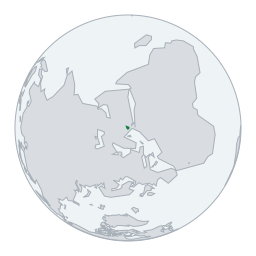 globe centered on Amman, rotated 203°
{"feature_id": "JOR-851", "entity_name": "Amman", "entity_type": "Province", "adm_level": 1, "iso_a3": "JOR", "parent_name": "Jordan", "parent_adm1": "", "projection": "orthographic", "projection_center": [36.094, 31.647], "detail": "fine", "context": "on_globe", "style": "filled", "palette": "green", "viewbox_px": 256, "rotation_deg": 203, "n_neighbors": 0, "source": "natural_earth", "source_scale": "10m", "svg_char_len": 10045}
<svg xmlns="http://www.w3.org/2000/svg" viewBox="0 0 256 256"><g transform="rotate(203 128 128)"><circle cx="128" cy="128" r="113" fill="#eef3f6" stroke="#a8b0b8"/><path d="M117.6,15.8L117.8,15.8L131.1,15.5L135.8,15.7L134.3,15.7L140.7,16.1L142.4,16.3L141.2,16.2L146.2,16.9L146.0,17.0L148.3,17.5L147.6,17.6L142.4,17.0L141.9,17.2L145.5,17.7L147.0,18.4L141.9,17.5L144.1,18.8L135.9,18.7L122.8,17.4L117.8,18.6L103.1,20.9L104.1,21.2L99.1,22.7L98.3,23.8L95.8,24.2L97.3,24.8L99.7,24.2L101.2,24.4L101.0,25.0L97.8,25.6L97.4,25.3L96.3,25.8L94.8,25.9L95.4,26.2L91.6,27.0L95.0,27.3L91.6,28.8L89.1,29.1L89.9,27.6L86.2,25.6L84.0,25.9L80.0,27.6L71.4,33.3L68.7,34.4L64.6,37.0L65.8,36.9L69.4,34.8L70.7,35.5L75.0,33.2L76.1,33.3L80.3,31.8L79.0,33.7L75.5,36.4L72.0,37.8L70.4,39.1L73.2,39.3L66.2,43.7L60.7,50.0L58.9,51.2L56.4,50.2L57.6,46.1L54.4,46.1L55.8,47.9L51.4,51.3L50.4,52.7L50.3,53.7L51.7,53.2L50.1,54.9L48.0,53.4L49.4,51.9L50.1,52.3L50.7,50.5L49.2,50.1L47.1,52.1L47.2,50.2L45.7,51.7L44.9,52.3L47.3,50.0L42.9,54.4L42.7,54.4L48.6,48.1L54.9,42.3L61.7,36.9L68.9,32.1L76.4,27.9L84.2,24.2L92.3,21.2L100.6,18.7L109.1,17.0L117.6,15.8ZM16.4,112.7L16.2,114.7L15.8,123.6L15.7,129.1L15.5,130.9L15.8,133.8L15.9,135.6L18.8,147.0L21.8,156.0L22.7,161.8L22.1,164.8L25.4,174.4L22.4,167.1L19.9,159.6L17.9,151.9L16.5,144.2L15.7,136.3L15.4,128.4L15.6,120.5L16.4,112.7ZM148.7,17.5L149.5,17.6L150.4,17.9L148.7,17.5ZM80.7,31.0L80.5,31.4L79.8,31.4L80.7,31.0ZM82.7,30.0L82.1,29.8L82.9,29.3L83.3,29.4L82.7,30.0ZM150.1,18.4L151.2,18.9L149.2,18.2L150.1,18.4ZM83.3,30.5L84.5,28.5L86.1,27.7L88.7,27.7L83.3,30.5ZM151.3,19.1L154.0,20.7L156.1,20.9L151.8,21.4L150.9,19.7L148.1,18.8L150.4,19.2L151.3,19.1ZM100.6,23.8L98.0,24.4L100.4,23.3L100.6,23.8ZM101.8,23.1L107.0,20.1L110.7,19.8L108.2,20.8L113.2,20.0L112.5,21.3L109.6,22.0L107.3,21.9L108.7,22.5L101.8,23.1ZM149.0,21.5L148.9,21.9L148.1,21.4L149.0,21.5ZM102.0,24.3L102.7,23.7L106.0,23.3L105.1,24.6L104.4,24.3L102.0,24.3ZM114.9,19.3L117.2,19.4L117.2,20.4L118.1,20.6L112.8,21.3L114.9,19.3ZM103.5,24.7L104.6,25.2L102.9,26.1L101.5,25.0L103.5,24.7ZM107.2,22.7L108.7,22.6L107.6,23.1L107.2,22.7ZM97.2,29.8L98.0,28.8L99.8,28.5L97.2,29.8ZM105.2,25.4L105.8,25.1L106.5,24.9L106.9,25.5L105.2,25.4ZM113.1,22.0L112.7,22.5L115.3,21.8L115.4,22.6L111.9,23.0L113.4,23.2L113.5,23.5L110.5,23.5L113.1,22.0ZM109.6,25.6L105.1,26.6L103.3,28.4L101.6,28.7L104.9,25.8L109.6,25.6ZM110.4,24.3L109.6,25.1L108.0,25.0L107.6,24.4L110.4,24.3ZM116.8,23.1L117.5,21.7L118.3,21.7L116.8,23.1ZM109.4,26.1L110.5,25.8L109.5,26.2L109.4,26.1ZM114.9,24.0L115.0,23.5L115.9,23.5L114.9,24.0ZM112.6,25.9L111.1,26.2L110.8,25.7L112.6,25.9ZM113.9,25.0L115.0,25.2L111.5,25.4L113.8,24.8L113.9,25.0ZM115.7,24.1L116.2,23.9L115.5,24.3L115.7,24.1ZM114.6,27.6L110.3,28.0L109.6,26.9L113.9,26.7L114.6,27.6ZM45.2,156.0L40.2,137.4L43.4,132.6L44.5,125.2L66.8,107.6L71.0,110.7L87.9,111.8L89.9,113.3L87.3,118.9L99.5,128.5L104.2,124.1L115.9,129.1L124.1,129.3L128.1,118.2L114.7,117.6L113.0,112.0L124.2,107.7L136.0,108.5L135.7,106.3L128.8,101.5L132.0,97.6L126.5,99.5L128.3,101.8L124.9,103.2L123.0,101.3L124.2,99.9L120.8,98.8L115.9,106.2L117.2,109.2L108.0,109.9L109.4,115.2L106.7,117.3L103.3,109.2L104.0,106.5L97.3,97.3L95.7,100.2L102.0,109.2L99.8,108.3L97.6,112.8L97.5,108.6L91.2,98.5L83.2,98.7L72.1,108.0L67.6,107.6L64.3,103.9L69.3,92.9L78.7,95.1L80.6,91.7L79.5,85.6L82.5,86.9L83.2,84.8L86.8,85.5L92.8,81.6L96.6,81.9L99.7,75.9L102.1,75.4L99.6,79.0L99.9,81.9L109.5,83.0L111.5,81.9L112.8,78.0L115.3,79.0L115.3,75.2L121.2,74.2L114.0,72.3L115.2,68.2L119.2,65.5L118.3,63.9L111.9,68.5L110.4,70.7L111.3,73.0L106.3,79.3L102.8,80.0L103.2,72.4L98.3,72.7L100.7,67.1L116.7,57.5L123.0,56.1L131.7,62.0L129.8,64.4L125.7,63.4L128.8,68.0L128.9,65.8L131.0,66.8L132.7,63.5L134.2,64.1L133.3,60.2L135.4,60.5L135.9,63.0L140.3,58.9L144.9,58.9L145.1,57.8L144.1,56.5L150.5,57.6L150.4,56.8L148.3,56.0L146.6,53.9L146.3,50.6L148.6,51.2L149.0,52.4L153.3,56.1L154.1,59.6L155.0,59.5L154.8,56.6L149.6,52.1L148.7,50.0L151.5,51.8L150.4,51.0L150.7,50.2L153.1,49.9L150.2,47.9L150.3,39.0L154.9,38.0L157.4,40.4L159.9,35.8L164.9,35.7L162.9,34.9L162.7,32.6L161.1,32.6L160.2,32.0L159.0,26.9L160.5,26.4L157.7,23.9L156.7,23.6L155.4,23.8L151.8,21.4L156.1,20.9L158.2,21.6L159.4,21.1L164.1,22.9L168.5,24.4L172.9,27.0L176.0,28.2L176.1,27.9L180.4,29.6L188.9,34.5L181.6,31.7L168.7,26.0L173.9,28.2L172.6,28.2L174.3,29.4L178.0,31.1L178.6,31.0L183.7,37.3L192.2,44.4L192.0,42.0L194.5,42.7L204.1,50.1L214.6,65.5L218.1,67.8L220.1,70.4L220.9,73.5L218.1,69.8L216.6,69.9L214.8,67.6L215.3,71.8L212.8,68.6L214.4,73.8L216.7,75.6L217.2,72.7L219.7,79.0L223.6,81.3L227.0,86.7L230.2,100.5L229.2,107.5L229.7,109.6L227.8,109.1L227.5,114.8L232.9,122.3L233.6,125.4L232.0,134.5L231.6,132.4L226.5,131.0L227.2,139.0L231.1,141.9L232.5,147.8L230.2,148.1L228.6,143.0L226.8,142.3L226.1,135.6L222.3,127.4L219.9,131.5L219.0,127.6L213.4,121.9L209.3,127.6L203.6,142.5L204.6,152.7L201.8,158.6L193.8,146.7L190.5,137.3L187.4,139.4L179.3,132.9L164.9,136.0L162.9,133.5L160.2,135.4L154.5,133.5L151.6,129.4L148.1,130.2L155.8,140.9L159.6,140.1L163.0,135.0L164.4,139.0L169.9,141.7L163.3,152.9L142.1,164.2L140.3,156.5L125.5,135.0L126.1,132.5L126.0,132.2L125.8,131.7L124.2,135.8L121.7,131.4L129.4,146.9L130.6,153.4L141.8,164.7L140.7,166.0L144.4,168.1L156.5,163.9L156.6,166.4L150.7,178.7L134.1,194.6L136.5,203.8L135.5,211.2L125.6,216.1L126.9,221.1L121.8,222.8L121.7,225.4L117.9,227.9L111.3,229.8L99.6,228.4L98.6,226.2L92.3,220.8L83.3,207.0L85.9,201.4L84.7,196.1L76.4,182.4L78.2,175.8L76.0,172.2L71.5,171.8L69.1,167.5L66.4,166.6L49.9,163.1L45.2,156.0ZM58.5,118.5L57.8,120.6L57.7,120.7L58.5,118.5ZM148.2,115.1L155.5,114.8L152.6,108.0L155.2,107.4L153.3,105.5L152.4,107.5L147.8,102.1L151.1,99.7L150.5,96.7L148.0,96.7L142.7,102.0L149.2,109.7L147.4,112.8L148.2,115.1ZM51.5,51.3L51.7,51.5L51.2,52.8L50.7,52.7L51.5,51.3ZM53.4,56.2L50.7,58.9L52.3,56.8L51.0,56.9L52.8,53.0L58.1,51.6L55.4,52.8L53.4,56.2ZM56.7,47.8L55.0,50.2L56.6,47.7L56.7,47.8ZM83.5,73.8L84.5,75.4L82.7,77.5L77.9,78.0L80.4,74.8L83.5,73.8ZM86.3,77.4L88.0,70.3L91.0,70.0L89.0,71.3L90.9,71.8L88.2,74.2L89.5,81.2L88.0,83.6L79.8,82.6L83.3,81.5L82.2,79.8L86.3,77.4ZM86.8,55.1L87.6,52.7L93.2,55.1L91.9,57.1L87.0,57.4L85.7,55.3L86.8,55.1ZM87.7,31.2L87.7,30.7L88.6,30.4L89.4,30.7L87.7,31.2ZM97.5,29.3L89.0,33.6L88.5,33.1L84.2,36.6L81.1,36.8L84.0,34.4L78.4,37.3L79.8,35.3L76.2,37.5L83.0,32.3L84.0,30.8L84.0,32.4L86.8,32.2L88.3,31.7L93.4,29.3L97.0,26.4L100.3,26.0L101.7,26.6L101.3,27.2L99.3,27.2L100.3,28.1L97.0,28.6L97.5,29.3ZM116.0,37.0L113.8,36.0L115.3,39.2L112.0,39.1L112.4,39.5L109.8,40.4L107.3,42.3L106.0,42.0L105.6,42.9L103.9,43.6L102.9,44.8L100.1,44.7L98.6,46.2L98.1,45.4L96.4,47.9L96.4,46.0L94.2,47.0L95.4,48.3L82.6,46.7L77.3,48.0L72.8,50.3L73.4,47.1L78.0,43.1L84.3,39.6L89.4,39.0L88.8,37.8L91.0,37.3L90.6,38.4L92.6,36.4L94.3,36.3L99.9,34.0L101.7,31.3L103.8,30.6L104.0,31.6L106.0,30.1L107.7,31.5L109.3,31.1L112.5,32.1L111.9,34.5L113.7,33.8L116.2,34.8L116.0,37.0ZM115.4,28.0L115.4,30.5L113.7,31.9L108.8,29.5L107.2,29.7L103.9,28.6L106.6,26.7L107.2,27.2L108.5,27.2L107.2,27.8L109.2,27.4L110.2,28.1L112.0,28.0L111.5,28.8L115.4,28.0ZM92.6,111.4L94.3,112.0L96.9,112.1L95.6,115.1L92.6,111.4ZM88.1,104.6L89.7,104.5L89.1,108.5L87.5,108.0L88.1,104.6ZM91.0,101.2L89.8,104.2L89.4,102.3L91.0,101.2ZM101.0,78.8L102.7,78.6L102.7,79.5L101.6,80.8L101.0,78.8ZM119.6,47.4L118.6,46.4L119.3,46.0L119.2,43.2L121.6,43.2L122.6,44.8L119.6,47.4ZM125.6,120.1L123.0,122.2L121.8,121.1L123.0,120.6L125.6,120.1ZM108.4,118.9L112.1,120.7L108.0,119.7L108.4,118.9ZM122.2,46.9L122.0,45.7L123.3,46.4L122.2,46.9ZM123.4,43.1L125.1,43.6L121.9,42.9L123.4,43.1ZM168.4,232.8L168.9,232.8L167.2,233.3L168.4,232.8ZM155.0,208.4L147.5,221.0L142.1,221.6L141.0,218.4L143.7,210.9L149.9,208.2L153.0,204.3L155.0,208.4ZM238.3,150.8L238.2,151.2L238.4,150.5L238.3,150.8ZM238.0,151.3L238.5,149.6L237.8,152.5L238.0,151.3ZM238.8,148.2L238.7,149.0L238.9,148.0L238.8,148.2ZM237.6,152.5L234.3,158.9L232.6,160.2L233.3,158.0L235.9,154.3L237.6,152.5ZM233.1,158.2L230.2,157.3L224.3,149.0L226.5,147.4L232.2,150.2L231.9,152.0L233.7,153.3L233.1,158.2ZM239.0,140.3L238.7,144.9L237.1,148.1L236.2,149.0L235.6,144.7L236.0,141.3L236.8,140.1L238.5,125.6L239.3,126.0L239.1,131.6L239.8,133.8L239.0,140.3ZM205.2,153.5L207.9,158.3L206.2,160.1L205.2,153.5ZM238.0,116.9L238.1,123.1L237.7,115.7L238.0,116.9ZM237.2,110.7L237.7,112.6L237.0,111.4L237.2,110.7ZM230.7,112.5L229.9,114.4L229.4,112.9L230.0,109.7L230.7,112.5ZM229.5,91.3L231.5,95.5L232.0,97.2L230.7,95.3L229.5,91.3ZM142.2,46.8L139.6,50.5L139.3,53.5L141.6,55.6L137.2,54.4L137.7,49.7L142.2,46.8ZM149.1,39.8L147.0,38.2L148.6,38.1L149.3,38.4L149.1,39.8ZM147.3,39.4L143.5,39.1L142.8,37.7L146.0,38.2L147.3,39.4ZM132.8,42.6L131.9,43.6L130.8,43.0L132.8,42.6ZM239.9,141.0L240.1,137.7L239.6,143.0L239.4,143.9L239.6,140.2L240.0,134.2L240.1,131.2L240.6,126.5L240.0,133.7L240.2,135.7L240.5,131.9L240.2,135.9L240.1,138.8L240.0,140.1L239.9,141.0ZM240.1,119.4L239.5,117.5L239.5,120.3L239.0,112.4L239.8,115.5L240.1,119.4ZM238.8,113.0L238.8,115.6L238.4,111.4L238.8,113.0ZM238.5,114.8L237.9,112.5L238.2,111.7L238.5,114.8ZM238.9,112.4L237.9,108.1L238.6,109.9L238.9,112.4ZM236.4,107.5L237.9,109.2L236.9,110.5L234.3,102.8L234.6,101.4L236.4,107.5ZM222.1,70.2L220.7,68.5L220.2,66.9L221.3,68.5L222.1,70.2ZM217.3,61.0L219.6,66.0L221.2,70.4L221.8,70.5L224.2,74.5L222.0,72.5L219.2,66.9L218.4,64.3L216.1,61.2L214.1,58.0L211.1,54.9L209.5,52.9L212.0,55.0L217.3,61.0ZM209.8,53.8L203.9,48.2L204.0,47.0L205.3,48.0L208.0,50.9L207.8,51.4L209.8,53.8ZM202.5,46.6L202.2,47.1L192.8,41.6L190.9,40.3L198.1,43.3L198.2,44.0L200.5,45.7L202.5,46.6ZM150.1,22.1L149.0,21.9L149.8,21.7L150.1,22.1ZM159.3,32.1L158.1,31.4L159.0,31.1L159.3,32.1ZM155.3,29.3L155.1,30.1L154.4,29.0L155.3,29.3ZM154.8,32.1L154.6,30.3L156.1,32.4L154.8,32.1Z" fill="#d9dde1" stroke="#a8b0b8" stroke-width="1"/><path d="M129.5,128.3L129.7,128.5L129.9,128.8L128.1,128.8L127.6,128.8L127.6,128.7L127.6,128.4L127.6,128.2L127.5,127.9L127.6,127.7L127.4,127.7L127.5,127.4L127.7,127.2L127.8,127.3L128.0,127.4L128.3,127.3L128.5,127.3L128.7,127.5L128.8,127.8L129.0,127.8L129.5,128.3L129.5,128.3Z" fill="#22c55e" stroke="#15803d" stroke-width="1.5"/></g></svg>